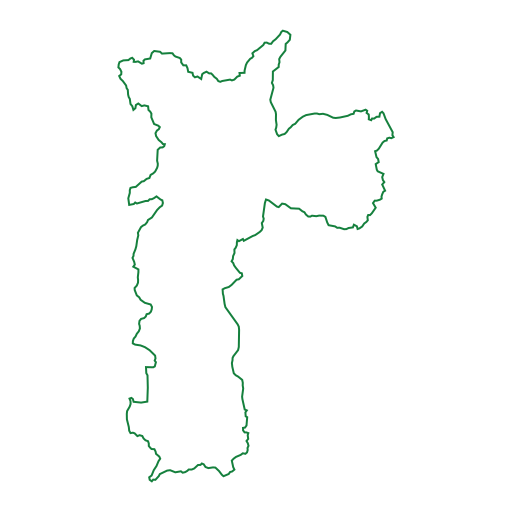 São Paulo, São Paulo, Brazil
{"feature_id": "56859067B92864763247255", "entity_name": "São Paulo", "entity_type": "district", "adm_level": 2, "iso_a3": "BRA", "parent_name": "Brazil", "parent_adm1": "São Paulo", "projection": "robinson", "projection_center": [-46.645, -23.682], "detail": "fine", "context": "isolated", "style": "outline", "palette": "green", "viewbox_px": 512, "rotation_deg": 0, "n_neighbors": 0, "source": "geoboundaries", "source_scale": "gbopen_adm2", "svg_char_len": 6012}
<svg xmlns="http://www.w3.org/2000/svg" viewBox="0 0 512 512"><path d="M119.5,62.1L118.7,64.5L118.4,67.4L120.1,69.1L121.4,71.8L121.2,74.4L119.2,76.0L120.5,78.8L122.8,81.0L126.1,85.5L126.6,88.1L127.8,89.9L128.1,94.5L128.7,97.0L129.8,98.9L130.5,104.0L132.3,106.2L133.4,109.9L135.4,108.2L135.9,105.0L138.3,103.5L141.7,106.1L144.4,105.4L148.1,106.3L148.5,110.0L150.2,111.6L151.4,113.6L151.3,117.3L154.1,124.0L158.3,125.7L159.8,127.1L158.8,129.2L156.9,130.6L155.5,133.2L156.1,136.1L158.7,140.0L161.4,142.2L163.0,144.1L164.8,144.2L164.2,146.2L162.6,147.4L160.2,147.5L157.7,149.8L157.1,160.7L157.8,163.7L157.7,165.8L157.1,167.9L155.1,171.6L153.2,173.4L150.6,174.9L149.4,178.0L146.6,178.9L143.8,181.2L141.7,181.6L135.8,186.9L132.6,187.3L130.5,187.9L129.8,190.1L129.8,192.9L128.3,198.3L129.2,204.9L133.8,204.0L135.2,202.5L136.9,203.5L145.5,201.0L148.1,200.9L149.6,199.3L151.8,199.2L153.9,198.2L156.5,196.4L160.5,199.5L162.3,200.3L162.9,203.0L162.1,205.6L159.8,207.2L157.1,210.0L151.9,217.5L148.0,220.0L147.1,222.2L145.2,224.5L142.9,225.6L141.0,227.1L137.9,232.8L138.3,235.3L137.2,239.9L136.3,246.2L135.4,249.4L133.6,253.8L133.5,255.9L132.5,257.9L134.2,261.9L134.8,264.6L133.3,266.7L138.4,269.4L138.4,272.2L137.8,277.3L138.1,280.1L138.0,282.7L136.8,285.6L134.6,288.0L134.7,290.0L136.8,295.4L139.2,297.3L140.6,299.8L144.8,302.8L150.7,304.5L152.0,307.0L151.7,309.4L150.9,311.7L149.1,313.6L146.6,314.2L145.8,316.5L144.1,318.1L141.1,318.9L139.5,320.9L139.1,323.9L139.7,325.8L139.9,328.5L138.8,331.3L136.8,333.8L135.5,336.6L133.8,338.5L132.9,341.0L132.8,343.4L135.1,344.6L140.4,345.4L142.8,346.3L145.0,347.2L149.6,350.2L155.1,355.6L155.5,358.4L154.7,360.6L155.9,362.2L154.8,366.4L153.2,367.3L146.0,367.1L146.3,373.2L147.5,375.3L147.8,387.7L147.3,401.6L141.1,402.6L133.6,401.8L132.9,399.1L131.4,397.9L129.5,398.6L130.5,401.1L130.6,403.9L129.7,406.6L127.1,411.1L126.8,413.9L126.9,419.3L128.8,427.0L129.2,430.7L130.5,433.1L132.9,432.7L134.6,433.3L137.4,436.1L139.6,435.2L142.3,436.0L143.6,438.5L145.5,440.3L148.0,441.2L148.8,443.5L148.8,446.0L150.1,447.6L151.5,449.0L154.4,449.2L155.6,451.6L156.0,453.8L159.3,456.6L160.2,458.7L158.5,461.2L156.5,466.0L153.8,470.1L151.6,475.5L149.2,477.3L149.7,479.8L151.8,481.3L153.2,479.6L155.4,479.8L158.8,476.1L159.8,474.1L167.1,470.6L170.1,470.2L175.3,472.3L180.9,471.3L182.7,472.7L185.2,472.1L187.4,470.8L188.7,469.5L191.8,469.5L194.2,468.5L198.0,465.0L200.5,464.9L201.8,463.5L203.7,464.3L205.5,467.0L208.3,468.1L213.0,467.4L215.4,467.6L219.0,471.0L221.8,474.7L223.5,476.2L228.7,474.0L230.1,472.0L232.1,471.5L234.4,469.6L233.2,467.1L231.8,460.6L233.6,458.7L236.0,456.9L240.7,454.9L242.8,453.3L245.4,453.8L247.0,452.4L247.7,450.0L247.5,448.0L248.5,445.8L247.8,443.2L246.5,441.0L248.2,438.9L247.7,435.2L248.3,433.1L246.3,432.4L244.6,432.4L243.1,430.4L243.0,427.9L245.0,427.6L246.5,425.5L247.2,417.2L245.7,416.3L245.4,412.4L246.8,410.4L244.7,409.5L242.4,399.1L242.1,396.7L243.2,388.5L242.7,385.4L242.8,382.8L242.2,379.9L238.0,376.5L235.8,375.3L233.8,373.3L232.3,366.8L231.9,363.1L232.5,360.3L232.6,357.9L233.4,356.2L238.1,350.1L238.8,347.0L239.1,329.9L238.8,326.7L237.7,324.4L225.4,307.2L224.6,303.9L223.5,295.9L222.9,293.8L222.6,289.4L224.8,288.2L228.8,287.0L231.6,284.9L236.6,279.7L238.8,279.3L242.3,276.0L241.8,273.3L239.9,272.8L235.8,267.8L234.1,265.4L233.2,263.0L231.6,261.3L232.8,259.1L233.1,256.1L234.5,253.0L234.4,249.4L235.6,247.9L236.8,245.2L236.9,242.2L237.4,240.1L238.9,241.2L242.9,239.0L243.8,240.8L252.7,236.0L255.2,235.1L259.7,232.0L261.6,230.2L262.7,227.6L261.8,223.1L263.3,220.9L263.7,218.7L263.0,216.5L264.9,203.0L266.0,199.5L268.9,200.5L276.9,206.6L278.7,207.1L282.1,203.6L285.3,204.2L290.9,208.3L299.1,208.7L302.4,211.3L304.4,212.2L305.9,214.5L308.2,216.5L310.3,216.6L312.0,215.7L316.3,216.2L319.1,215.6L323.4,215.7L325.4,216.9L327.2,222.4L328.6,225.2L335.1,226.4L337.2,227.8L339.6,227.7L344.1,229.2L346.3,229.1L348.6,228.0L352.9,227.4L353.9,224.7L356.9,226.3L357.6,229.0L359.4,228.4L362.2,226.5L364.2,223.5L366.3,222.0L367.8,220.3L367.4,216.9L368.2,215.0L370.0,215.1L371.8,213.3L375.7,207.7L373.0,203.1L374.7,200.7L376.6,200.7L379.9,199.7L381.7,198.6L381.5,196.6L382.2,194.3L383.3,191.8L385.1,190.7L382.2,184.5L384.3,182.1L382.9,180.1L382.2,177.1L383.5,173.9L377.7,171.3L376.8,169.7L375.7,164.1L378.7,162.1L378.1,159.0L376.5,157.1L375.1,151.2L376.9,150.6L378.8,148.7L382.6,142.6L384.5,141.0L386.7,140.5L387.2,138.4L389.4,137.7L391.3,138.2L393.6,137.1L392.4,135.2L392.7,132.2L385.6,119.0L383.5,113.3L382.1,111.8L380.0,113.2L379.4,116.7L376.6,116.8L374.1,118.6L372.1,118.5L371.2,120.2L368.8,119.3L368.9,116.9L368.7,114.5L366.6,112.9L367.2,110.8L365.6,109.7L361.0,111.4L356.0,110.5L354.3,111.5L353.6,113.8L350.9,114.3L347.8,115.8L340.0,117.5L335.7,118.0L333.1,117.7L327.3,114.9L323.0,113.8L319.3,114.2L316.9,113.5L314.8,113.5L306.1,115.1L302.8,116.7L298.6,119.8L295.2,123.8L292.7,125.0L290.7,127.3L288.9,128.7L286.6,132.1L284.6,134.0L282.1,134.6L278.8,136.1L277.1,134.2L275.5,129.7L276.2,127.6L276.6,124.8L275.9,120.0L276.0,114.3L275.6,111.8L270.8,102.2L270.3,99.7L273.5,87.7L273.1,85.2L271.9,82.9L272.8,80.1L272.9,71.5L278.7,67.0L278.7,64.7L279.5,62.2L279.2,59.1L280.4,56.8L285.4,50.5L285.7,43.9L287.4,42.5L289.8,39.8L290.4,34.8L287.3,32.0L282.8,30.7L281.3,32.0L280.0,34.6L275.7,39.2L273.0,41.3L271.2,43.8L269.0,43.7L266.8,42.6L264.6,42.7L263.3,45.0L257.0,50.2L254.8,51.1L252.4,53.3L253.4,56.2L252.0,57.8L250.2,58.8L247.1,62.5L245.9,65.0L244.6,70.5L244.5,72.8L239.5,73.0L239.8,75.7L237.3,76.6L234.3,79.6L231.9,80.4L230.1,79.6L222.2,81.0L220.3,81.8L218.3,81.1L216.8,78.8L214.3,76.9L212.5,74.7L211.1,73.4L209.2,73.4L206.5,71.7L203.7,73.0L202.2,74.2L201.2,79.0L197.5,76.5L194.9,77.3L193.1,75.6L192.5,72.8L188.2,71.8L187.5,68.2L186.2,65.3L183.3,65.3L181.2,62.4L181.2,59.6L179.8,58.0L175.4,56.5L173.9,55.3L172.5,53.3L169.9,53.1L162.0,53.6L160.1,51.8L154.2,51.0L151.8,53.1L150.2,58.5L144.9,59.4L143.5,60.7L143.6,63.2L141.9,63.7L138.1,61.4L135.4,61.9L133.7,61.8L134.0,59.7L132.2,57.8L130.4,58.5L128.4,60.1L123.3,60.4L119.5,62.1Z" fill="none" stroke="#15803d" stroke-width="2"/></svg>